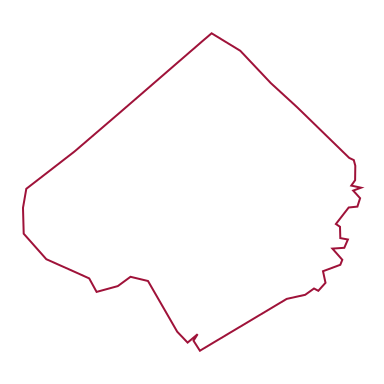 the district of Pulaski, Kentucky, United States of America
{"feature_id": "52423323B4413103622838", "entity_name": "Pulaski", "entity_type": "district", "adm_level": 2, "iso_a3": "USA", "parent_name": "United States of America", "parent_adm1": "Kentucky", "projection": "robinson", "projection_center": [-84.502, 37.111], "detail": "fine", "context": "isolated", "style": "outline", "palette": "rose", "viewbox_px": 384, "rotation_deg": 0, "n_neighbors": 0, "source": "geoboundaries", "source_scale": "gbopen_adm2", "svg_char_len": 690}
<svg xmlns="http://www.w3.org/2000/svg" viewBox="0 0 384 384"><path d="M199.9,350.7L286.7,298.9L305.2,294.8L314.0,288.5L318.3,290.8L325.5,282.8L323.0,271.2L340.3,264.8L342.3,259.8L332.4,248.6L344.3,247.8L347.9,239.5L340.3,238.1L340.0,226.8L335.9,224.0L348.7,207.5L357.4,206.6L360.1,198.2L353.2,190.6L361.0,187.7L351.3,185.6L355.1,180.2L355.3,165.8L353.8,160.1L349.2,157.9L297.3,107.4L270.8,83.1L240.3,50.8L211.6,33.3L202.1,41.4L123.3,109.6L74.5,151.5L26.3,188.8L23.0,207.8L23.7,233.7L46.3,259.2L61.3,265.9L75.9,272.4L89.2,278.4L96.6,291.9L117.8,286.1L130.5,276.8L148.0,281.0L177.2,331.7L187.6,342.6L197.6,334.2L193.5,340.7L199.9,350.7Z" fill="none" stroke="#9f1239" stroke-width="2"/></svg>